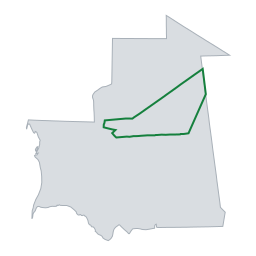 Ouadane, Adrar, Mauritania (highlighted)
{"feature_id": "47542326B44927668035814", "entity_name": "Ouadane", "entity_type": "district", "adm_level": 2, "iso_a3": "MRT", "parent_name": "Mauritania", "parent_adm1": "Adrar", "projection": "orthographic", "projection_center": [-9.881, 22.386], "detail": "fine", "context": "in_parent", "style": "outline", "palette": "green", "viewbox_px": 256, "rotation_deg": 0, "n_neighbors": 0, "source": "geoboundaries", "source_scale": "gbopen_adm2", "svg_char_len": 3781}
<svg xmlns="http://www.w3.org/2000/svg" viewBox="0 0 256 256"><path d="M105.3,239.5L104.9,239.3L103.0,238.0L102.2,236.4L100.7,235.3L98.7,234.5L97.4,233.6L96.8,232.6L96.1,231.9L95.3,231.5L95.2,231.2L95.4,230.7L95.3,229.8L94.1,227.7L93.0,226.8L92.1,226.9L91.5,226.7L91.2,226.2L91.1,225.6L90.5,225.0L89.4,224.7L88.5,223.2L87.9,220.4L87.0,218.3L86.0,216.7L85.2,216.1L84.7,216.0L84.5,215.8L84.3,215.3L83.5,215.1L82.3,215.6L81.2,215.4L80.7,214.6L80.0,214.5L79.1,215.1L78.1,214.9L77.0,213.9L76.4,212.9L76.3,211.9L74.4,210.0L70.8,207.0L66.8,205.5L62.4,205.5L60.0,205.3L59.5,204.8L59.0,204.9L58.4,205.4L57.8,205.5L57.2,205.1L56.8,205.4L56.7,206.1L55.1,206.4L52.2,206.3L49.9,206.7L48.0,207.5L45.5,207.8L42.2,207.5L40.3,207.1L39.6,206.6L38.7,206.4L37.4,206.6L36.3,208.0L35.3,210.6L34.4,212.0L33.8,212.3L33.0,214.2L32.6,217.4L31.9,218.8L32.2,210.8L33.2,207.8L33.6,205.2L35.8,199.5L38.4,194.8L40.8,188.6L41.8,182.5L41.7,176.4L41.2,171.0L40.3,167.5L39.4,162.3L37.9,159.5L35.1,157.0L34.5,155.6L35.2,155.1L37.0,154.9L38.2,153.1L35.8,153.7L38.7,148.1L39.7,144.3L39.7,141.8L40.2,140.3L38.3,136.8L36.9,132.5L36.1,131.8L35.2,131.4L35.1,132.4L34.6,133.2L33.6,132.7L32.0,129.5L29.7,124.3L28.9,123.8L28.1,124.4L27.6,125.1L26.6,129.2L26.4,127.6L26.9,125.6L27.6,123.2L28.4,119.9L30.6,120.0L34.4,120.2L42.0,120.5L45.9,120.6L53.5,120.9L57.4,121.0L65.0,121.3L68.9,121.4L76.5,121.6L80.4,121.7L88.1,121.9L91.9,122.0L94.4,122.0L94.3,119.6L94.3,117.8L94.2,115.2L94.1,112.6L93.9,110.1L93.8,107.7L93.7,105.3L93.7,103.1L93.6,101.1L93.4,99.9L92.6,97.6L92.5,96.4L92.7,95.2L93.3,94.1L94.8,92.0L97.1,90.5L99.7,88.6L101.7,87.3L102.7,86.9L105.8,86.5L108.3,85.5L110.6,84.5L111.6,83.9L111.8,81.9L112.5,38.4L123.9,38.5L127.0,38.5L148.1,38.6L151.1,38.6L166.5,38.6L166.5,36.5L166.4,33.6L166.4,29.5L166.3,25.5L166.3,18.4L166.2,15.4L169.3,17.3L175.3,21.2L178.4,23.2L184.5,27.1L190.7,30.9L196.8,34.8L199.9,36.7L203.0,38.6L206.1,40.6L209.2,42.5L215.4,46.3L218.0,47.9L222.0,50.5L225.8,52.8L229.6,55.2L223.9,55.4L216.2,55.7L211.0,55.8L205.7,55.9L200.7,56.1L201.2,60.1L201.8,64.6L202.4,69.1L203.0,73.5L203.5,78.0L205.3,91.4L205.9,95.9L206.4,100.4L207.0,104.8L207.6,109.3L208.8,118.2L209.3,122.7L209.9,127.2L210.5,131.6L211.1,136.1L211.7,140.6L212.8,149.5L213.4,154.0L214.0,158.4L214.6,162.9L215.2,167.3L215.8,171.8L216.4,176.2L216.9,180.7L218.1,189.6L218.7,194.1L219.3,198.5L219.9,203.0L220.4,207.3L222.5,209.5L225.2,212.2L224.5,216.3L223.7,221.1L222.8,226.4L215.6,226.6L208.6,226.8L190.9,227.1L187.4,227.2L169.7,227.4L166.1,227.4L159.3,227.5L157.2,227.4L156.5,227.0L156.3,224.2L155.7,224.4L154.9,225.2L154.6,226.1L154.7,227.2L154.6,228.2L152.3,228.6L149.2,229.2L146.0,229.7L142.7,229.5L141.6,229.3L140.4,228.9L137.8,228.5L136.4,228.5L134.8,228.6L132.9,228.8L132.3,229.3L130.8,231.3L129.4,233.6L128.5,233.6L127.5,232.3L124.7,229.9L121.3,226.7L119.7,225.0L118.9,224.8L117.3,226.0L115.9,227.0L114.4,228.6L113.7,230.0L113.2,231.8L112.9,233.8L112.4,236.2L111.2,238.2L109.8,239.6L108.7,240.3L108.3,240.6L105.3,239.5ZM37.1,149.5L36.0,151.2L35.5,150.5L35.4,149.4L36.4,147.8L36.9,147.0L37.7,146.7L37.1,149.5Z" fill="#d9dde1" stroke="#a8b0b8" stroke-width="1"/><path d="M103.7,127.3L106.4,128.0L112.2,129.4L115.4,130.0L112.2,133.1L114.1,135.4L115.3,136.6L116.3,137.5L126.8,136.6L129.5,136.8L133.2,136.2L133.3,136.1L136.6,136.1L138.8,136.0L140.6,135.8L145.1,135.5L147.8,135.3L149.6,135.3L150.9,135.3L154.9,135.3L155.7,135.0L157.2,135.0L161.0,134.7L162.7,134.7L165.7,134.8L169.0,134.6L170.6,134.5L174.0,134.5L175.9,134.5L180.1,134.4L180.6,134.0L183.6,134.0L188.5,133.3L190.0,129.9L205.8,94.2L202.7,68.9L195.0,74.3L180.7,84.4L176.8,87.3L167.4,94.0L160.6,98.9L158.0,100.7L145.9,109.2L139.7,113.6L134.2,117.2L132.4,118.6L126.1,118.5L104.8,120.4L104.4,123.1L103.8,124.4L103.7,126.1L103.7,127.3Z" fill="none" stroke="#15803d" stroke-width="2"/></svg>